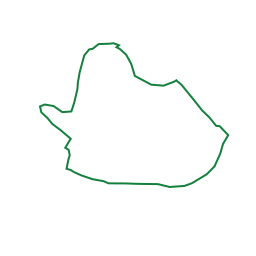 outline of Kusong City, P'yŏngan-bukto, North Korea, rotated 141°
{"feature_id": "82179303B13626815484241", "entity_name": "Kusong City", "entity_type": "district", "adm_level": 2, "iso_a3": "PRK", "parent_name": "North Korea", "parent_adm1": "P'yŏngan-bukto", "projection": "albers", "projection_center": [125.193, 39.953], "detail": "fine", "context": "isolated", "style": "outline", "palette": "green", "viewbox_px": 256, "rotation_deg": 141, "n_neighbors": 0, "source": "geoboundaries", "source_scale": "gbopen_adm2", "svg_char_len": 877}
<svg xmlns="http://www.w3.org/2000/svg" viewBox="0 0 256 256"><g transform="rotate(141 128 128)"><path d="M60.4,134.6L63.1,135.0L73.7,138.5L82.7,147.1L87.0,157.3L89.9,164.1L85.1,176.0L83.3,186.1L84.6,194.6L86.1,198.0L83.0,198.0L86.0,203.1L89.0,204.9L93.5,208.3L98.0,211.7L105.7,211.8L108.7,213.5L116.4,211.9L130.4,201.8L138.2,195.0L142.9,190.0L153.8,181.6L161.6,176.5L169.1,181.7L172.0,191.9L178.0,198.7L182.8,200.1L185.5,194.7L184.3,186.2L184.3,178.9L181.8,169.1L179.3,155.7L189.2,152.1L187.9,148.4L190.4,143.5L194.0,141.1L201.4,135.0L198.9,131.3L197.7,127.7L194.0,120.4L187.9,110.7L180.5,102.1L178.0,97.3L164.6,86.3L154.8,77.8L140.1,65.6L132.7,55.9L120.5,47.4L113.2,44.9L96.0,42.5L85.0,43.7L72.8,49.8L64.2,55.8L54.6,59.4L55.6,71.7L58.1,74.1L58.1,85.1L59.3,94.8L59.2,107.0L59.2,120.4L59.2,127.7L60.4,133.8L60.4,134.6Z" fill="none" stroke="#15803d" stroke-width="2"/></g></svg>